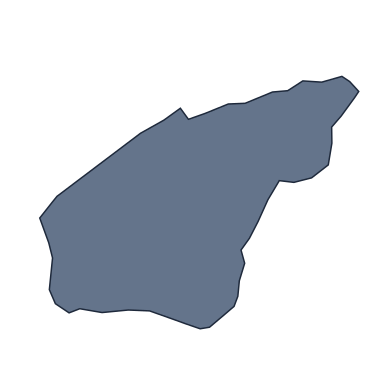 the district of Richmond, New York, United States of America, rotated 191°
{"feature_id": "52423323B38635571773884", "entity_name": "Richmond", "entity_type": "district", "adm_level": 2, "iso_a3": "USA", "parent_name": "United States of America", "parent_adm1": "New York", "projection": "equal_earth", "projection_center": [-74.171, 40.574], "detail": "fine", "context": "isolated", "style": "filled", "palette": "slate", "viewbox_px": 384, "rotation_deg": 191, "n_neighbors": 0, "source": "geoboundaries", "source_scale": "gbopen_adm2", "svg_char_len": 781}
<svg xmlns="http://www.w3.org/2000/svg" viewBox="0 0 384 384"><g transform="rotate(191 192 192)"><path d="M126.8,157.5L121.5,175.7L116.0,198.9L108.5,219.7L108.5,219.8L93.8,220.9L77.3,228.7L63.4,244.6L64.0,266.6L67.3,282.4L60.0,295.1L50.4,315.6L47.5,322.5L58.3,330.5L66.9,334.1L85.6,324.6L104.4,322.2L117.4,309.7L132.1,305.5L156.8,289.2L173.2,285.3L194.2,271.6L209.0,262.9L209.4,262.7L219.4,272.0L233.3,257.2L253.7,239.9L290.9,198.5L323.7,162.0L327.4,155.0L336.5,137.4L323.1,115.1L322.5,113.9L316.3,100.6L313.4,68.9L304.8,56.3L289.6,49.9L279.9,56.0L257.3,56.5L232.0,64.0L211.0,67.2L185.7,63.4L172.9,61.4L157.9,59.3L149.0,62.6L135.9,78.9L131.4,84.6L128.9,87.7L127.1,98.4L128.6,113.9L126.7,132.1L132.8,144.4L126.8,157.5Z" fill="#64748b" stroke="#1e293b" stroke-width="1.5"/></g></svg>